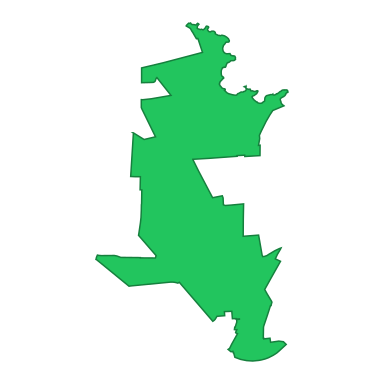 the district of Lumina, Constanta, Romania
{"feature_id": "2599482B21068829002517", "entity_name": "Lumina", "entity_type": "district", "adm_level": 2, "iso_a3": "ROU", "parent_name": "Romania", "parent_adm1": "Constanta", "projection": "natural_earth1", "projection_center": [28.555, 44.326], "detail": "fine", "context": "isolated", "style": "filled", "palette": "green", "viewbox_px": 384, "rotation_deg": 0, "n_neighbors": 0, "source": "geoboundaries", "source_scale": "gbopen_adm2", "svg_char_len": 5712}
<svg xmlns="http://www.w3.org/2000/svg" viewBox="0 0 384 384"><path d="M96.1,259.3L129.0,286.2L131.1,285.9L170.6,282.1L172.2,282.1L173.9,282.2L176.0,282.6L177.8,283.1L178.2,283.0L179.3,282.3L212.8,321.3L214.1,320.4L215.1,319.4L217.0,316.3L224.7,315.7L224.4,311.6L231.8,311.3L232.4,318.7L235.9,318.6L235.8,319.0L239.4,318.9L239.4,319.3L236.6,319.5L236.8,322.0L235.1,327.4L234.7,327.3L234.4,329.6L236.0,329.8L236.8,329.7L236.5,330.5L235.6,332.4L235.7,332.8L237.5,333.7L231.6,344.3L229.6,348.4L228.1,349.4L230.5,351.4L230.9,351.7L231.5,351.7L232.9,351.3L233.2,352.7L233.6,352.7L234.9,357.3L240.6,359.4L246.6,360.6L252.7,361.0L258.9,360.4L261.5,359.9L265.3,358.9L268.5,357.7L273.0,355.4L275.1,354.1L277.0,352.8L279.2,350.9L286.2,344.4L283.4,341.7L278.8,341.1L270.6,342.3L270.0,338.2L263.8,338.9L263.8,338.2L263.3,338.2L263.5,327.3L263.7,326.2L267.4,315.2L270.5,305.6L271.1,305.6L271.3,304.9L271.4,305.0L271.3,304.7L271.4,304.0L271.9,302.4L271.9,302.1L271.5,301.2L266.9,293.5L264.7,289.5L270.8,278.5L280.5,261.3L275.3,258.9L277.4,254.4L280.5,249.1L281.0,248.0L279.3,248.6L274.9,250.7L268.3,254.6L267.3,255.4L264.6,256.4L262.7,256.6L262.1,255.1L258.6,235.1L243.2,236.3L243.3,219.2L243.6,203.9L230.8,205.1L225.2,205.5L223.4,204.8L223.1,198.0L222.3,195.8L212.6,197.7L198.6,171.1L193.0,159.8L192.8,159.6L192.8,159.3L209.6,158.3L237.1,156.3L237.0,155.6L244.7,155.2L244.8,156.5L260.0,155.6L260.1,145.2L258.5,145.4L259.7,138.6L259.4,135.3L261.1,131.5L266.1,121.4L270.0,114.7L272.8,110.5L284.0,105.8L283.6,105.4L283.1,105.3L281.8,104.0L281.4,103.3L280.9,102.3L281.0,101.9L280.2,99.7L280.4,98.8L280.5,98.8L280.7,98.4L281.1,98.0L282.9,96.9L283.6,96.7L284.2,96.1L284.9,95.6L285.8,94.3L285.7,93.9L285.8,93.7L286.1,93.3L286.8,92.7L287.6,92.5L288.0,92.1L287.8,91.7L287.6,91.6L287.8,91.2L287.7,90.8L287.1,90.3L287.1,90.1L286.8,89.9L286.5,90.0L285.4,89.9L284.5,90.1L284.4,89.9L284.0,89.9L282.4,90.1L281.7,90.5L281.1,91.1L280.6,91.4L280.2,91.5L279.2,92.3L279.0,92.5L278.9,92.7L277.9,93.3L277.2,93.8L276.7,93.7L276.2,94.0L276.0,94.3L275.7,94.5L274.2,95.1L273.7,95.0L272.8,94.6L272.7,94.4L272.7,94.2L272.3,94.5L272.0,94.6L270.3,94.6L269.8,94.8L269.4,95.1L268.8,95.0L268.5,95.2L267.0,95.5L266.6,95.7L265.9,96.2L265.4,96.9L264.9,97.9L264.6,101.1L263.0,102.1L262.6,102.4L262.3,102.8L262.1,102.8L261.7,103.2L260.6,103.3L259.6,103.3L258.3,103.0L257.0,102.3L256.9,102.2L257.0,102.0L256.3,101.8L253.9,99.8L252.5,98.0L252.0,97.0L252.0,96.8L252.9,96.0L254.2,95.5L254.9,94.9L255.7,94.4L256.3,93.8L256.5,93.8L256.6,93.5L257.1,93.0L257.1,92.8L257.4,92.4L257.3,92.2L257.6,92.0L257.9,91.4L257.9,91.0L257.7,90.8L257.1,90.7L256.1,91.0L255.6,91.4L254.4,91.5L254.0,91.3L253.5,91.3L252.8,90.9L252.3,90.9L252.2,90.8L251.8,90.8L251.5,90.9L251.0,90.9L250.5,90.5L250.4,89.4L250.1,89.1L249.6,89.2L249.3,89.2L249.0,89.1L248.4,89.4L247.0,88.8L246.3,88.3L245.7,87.3L245.7,86.9L246.0,86.7L245.9,86.6L245.9,86.3L245.7,86.5L245.2,86.4L244.8,86.6L244.5,86.5L244.2,86.7L245.2,87.1L245.7,87.8L246.1,88.6L246.3,89.3L245.9,90.3L245.6,90.7L244.7,91.3L243.5,91.6L243.1,92.0L242.4,92.1L241.2,92.0L240.7,92.2L238.9,93.3L237.9,93.6L237.2,94.3L236.7,95.0L236.1,95.2L234.5,95.1L232.3,94.7L228.7,93.7L227.1,92.9L224.5,90.4L225.2,89.9L225.2,89.4L225.1,89.1L224.6,88.8L223.2,88.6L222.1,88.0L221.7,87.7L220.8,86.4L220.5,86.1L220.3,86.1L219.7,84.8L219.5,84.7L219.4,84.2L219.6,83.8L219.4,83.7L219.8,82.2L220.0,81.9L220.4,81.8L220.5,81.6L220.5,81.3L220.7,81.0L221.2,80.6L222.1,79.7L222.3,79.3L222.4,79.0L222.6,78.6L222.9,78.4L223.3,78.6L223.6,78.4L223.6,77.4L222.6,76.5L222.4,76.5L221.6,75.7L221.3,74.1L221.2,71.9L221.4,70.2L221.8,69.3L222.5,67.7L223.0,67.8L223.6,67.3L224.3,67.2L224.6,67.3L224.7,67.1L225.4,67.2L225.8,66.6L226.1,65.4L227.0,63.3L227.4,62.8L227.7,62.6L227.9,62.7L228.2,62.5L228.6,62.5L229.6,61.9L230.8,60.7L231.2,60.7L233.7,60.6L233.8,60.5L234.3,60.4L234.5,60.1L234.9,60.0L235.5,59.2L235.3,59.0L235.4,58.3L235.5,57.7L234.9,56.3L234.6,56.0L233.8,56.0L233.5,55.8L232.8,55.9L231.4,55.4L231.2,55.5L230.7,55.1L230.0,53.6L226.6,53.8L224.8,53.1L224.0,52.4L223.1,50.9L222.9,50.1L222.7,48.4L222.8,47.3L223.1,47.0L223.4,45.5L224.5,44.4L226.0,42.2L228.4,42.1L229.0,41.8L229.3,41.1L229.3,40.5L229.1,40.2L228.7,39.3L228.4,38.7L226.5,37.0L225.6,36.6L224.9,36.0L223.6,35.6L221.9,35.2L221.2,35.4L220.5,35.7L219.9,35.6L219.0,35.3L218.5,35.4L218.1,35.4L216.9,34.6L215.4,33.9L215.2,33.5L215.3,32.6L215.0,32.1L214.5,31.7L213.9,31.3L212.9,31.1L212.4,31.2L211.5,31.2L210.4,31.9L209.1,31.7L208.8,31.5L208.1,30.7L207.6,30.1L207.6,28.9L208.6,27.6L208.6,27.3L208.6,27.0L208.5,26.8L207.9,26.4L207.6,26.4L206.9,26.1L206.3,26.2L206.0,26.6L205.2,28.0L203.5,29.7L203.0,29.8L201.4,29.2L200.3,29.6L199.7,29.4L199.0,29.1L198.1,28.9L197.2,28.3L197.4,26.0L197.9,25.6L198.4,24.7L198.9,24.4L198.7,23.9L197.7,23.3L196.6,24.2L196.3,24.7L195.5,25.0L194.7,24.8L194.6,24.7L192.8,24.5L192.2,24.6L191.3,24.1L190.6,23.0L190.2,23.2L188.9,23.3L188.6,23.2L186.3,25.5L186.2,26.0L189.2,27.7L190.4,28.5L192.0,31.4L192.8,32.5L193.7,34.1L195.8,37.7L196.4,38.7L196.6,38.8L196.9,38.8L197.4,38.5L197.9,38.5L202.5,52.4L163.1,62.8L141.6,67.9L141.6,82.7L149.9,82.5L152.8,82.4L153.6,82.3L154.5,81.8L154.9,81.5L155.3,80.8L155.9,79.0L156.3,78.2L156.9,77.6L171.0,95.4L151.2,98.8L142.9,99.7L142.0,99.8L141.8,99.6L141.3,99.6L141.3,107.5L141.8,108.8L155.5,136.8L144.1,139.5L133.3,132.8L133.1,132.8L133.4,133.0L130.7,176.5L134.9,176.7L140.4,176.7L140.1,189.8L141.8,189.9L141.7,197.3L141.6,203.6L141.4,204.7L141.3,210.2L141.0,217.6L140.4,223.0L138.7,234.5L138.5,235.2L138.6,235.4L156.1,255.6L155.5,257.8L155.3,258.0L141.0,257.9L140.4,258.0L140.4,257.6L120.8,257.4L120.5,257.3L116.9,256.0L114.3,255.5L101.2,255.6L98.7,255.4L97.8,255.1L97.4,255.1L96.5,257.2L96.0,259.3L96.1,259.3Z" fill="#22c55e" stroke="#15803d" stroke-width="1.5"/></svg>